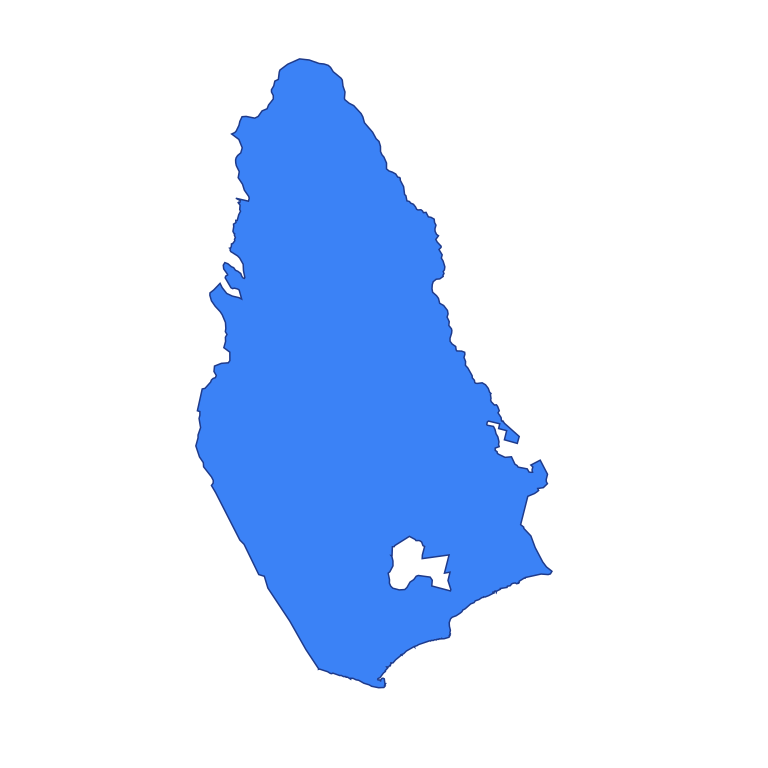 outline of Asahan, Sumatera Utara, Indonesia, rotated 104°
{"feature_id": "22746128B26461090721788", "entity_name": "Asahan", "entity_type": "district", "adm_level": 2, "iso_a3": "IDN", "parent_name": "Indonesia", "parent_adm1": "Sumatera Utara", "projection": "orthographic", "projection_center": [99.752, 2.847], "detail": "fine", "context": "isolated", "style": "filled", "palette": "blue", "viewbox_px": 768, "rotation_deg": 104, "n_neighbors": 0, "source": "geoboundaries", "source_scale": "gbopen_adm2", "svg_char_len": 6162}
<svg xmlns="http://www.w3.org/2000/svg" viewBox="0 0 768 768"><g transform="rotate(104 384 384)"><path d="M676.7,378.5L676.2,377.5L676.8,369.1L677.8,366.0L677.7,364.6L676.9,363.7L677.6,356.3L677.1,355.1L677.7,352.5L677.1,350.4L677.7,349.9L677.3,348.3L678.5,344.9L677.5,345.0L677.1,342.7L677.8,339.5L677.6,336.9L679.2,331.2L679.5,325.6L680.3,322.9L680.0,315.7L678.5,310.7L676.9,309.9L676.3,310.5L675.8,310.0L675.5,310.4L674.3,310.0L674.4,310.7L670.0,312.4L669.7,313.8L670.2,314.8L672.2,315.6L673.5,315.3L672.1,316.2L672.6,318.2L672.0,318.7L671.3,318.6L669.8,316.8L664.5,314.6L662.6,313.1L662.0,313.5L658.8,311.8L657.9,312.9L657.5,311.2L655.7,310.3L655.8,309.7L653.8,309.7L653.3,309.2L652.9,309.6L652.4,307.8L648.8,306.0L643.4,302.0L642.8,302.1L642.8,301.0L642.2,301.4L641.0,299.7L637.7,297.7L631.6,291.4L631.9,290.8L631.4,291.1L629.6,288.3L628.6,287.6L622.2,277.7L622.1,276.6L621.4,276.2L620.9,274.1L619.9,273.0L619.6,271.2L618.9,270.9L618.5,269.0L617.8,268.8L617.6,266.9L616.8,266.5L617.1,265.5L616.5,263.8L614.1,259.8L613.3,259.3L612.4,259.8L611.7,259.1L611.1,259.6L610.4,259.1L609.5,259.9L606.9,260.0L603.3,261.9L599.8,263.0L595.7,262.6L593.8,261.4L591.4,257.9L587.7,254.5L586.0,253.3L584.3,252.9L582.4,250.8L576.4,246.7L574.3,243.7L572.3,243.0L570.3,239.8L567.5,237.3L567.1,236.1L566.3,235.8L566.3,234.5L564.0,231.2L561.0,227.8L560.1,227.9L560.5,227.2L560.0,226.5L559.5,227.3L558.0,226.2L557.9,225.5L558.9,224.7L557.8,224.7L555.0,221.4L554.3,221.7L551.6,215.4L550.4,215.4L549.1,212.6L547.2,211.9L546.2,210.7L545.3,208.5L545.7,207.0L544.9,205.4L544.3,205.6L544.0,204.8L542.7,205.1L538.5,201.1L538.3,200.1L537.6,200.1L530.4,185.6L529.2,178.6L528.0,176.6L525.1,175.7L522.2,182.1L518.3,186.9L506.2,197.7L495.9,204.7L490.3,213.4L489.1,213.8L487.4,217.4L458.2,217.3L453.8,211.4L451.4,209.3L449.9,208.2L448.2,209.6L446.0,204.3L441.2,201.3L439.6,202.8L437.5,203.5L432.0,203.5L420.1,214.0L427.1,221.9L428.5,219.5L431.5,219.6L433.7,218.5L434.3,220.6L434.3,222.0L431.7,224.5L432.2,233.7L430.9,235.2L430.1,237.6L423.8,242.7L425.9,248.8L424.4,256.1L423.6,257.4L422.3,257.9L421.5,260.0L419.3,260.6L416.9,257.1L414.7,258.3L412.4,258.4L407.8,260.7L405.1,263.3L401.4,265.2L398.7,267.5L399.0,273.8L398.4,274.5L395.9,274.6L394.7,273.7L394.6,262.1L399.5,262.0L399.6,253.7L409.0,253.7L409.4,240.3L402.2,240.1L393.0,257.6L391.1,259.7L391.7,260.1L391.2,261.1L388.2,262.3L384.4,266.4L382.0,265.7L378.2,268.4L377.0,269.9L377.7,271.8L375.3,275.6L373.7,276.7L372.1,276.7L368.4,278.2L367.3,277.9L366.6,279.4L363.0,281.8L360.2,285.3L359.1,289.0L360.8,293.4L361.1,295.2L360.6,296.3L358.5,297.2L356.7,299.8L354.6,300.5L348.1,306.6L346.2,309.5L342.4,310.3L338.9,312.8L335.6,312.7L333.7,313.4L333.3,316.6L334.3,321.3L333.4,322.3L330.3,323.5L328.7,327.6L326.6,330.2L323.7,331.0L318.3,330.7L315.7,331.1L314.1,331.9L311.5,335.3L307.7,335.8L303.8,339.0L300.5,338.8L297.3,340.2L293.4,345.1L292.2,349.5L287.7,351.9L285.6,354.4L283.2,359.0L279.9,360.5L275.9,361.2L272.8,361.0L269.7,358.7L268.5,355.3L265.3,352.6L264.1,353.1L262.4,352.5L260.5,353.8L258.7,353.0L255.6,353.3L250.4,356.4L248.0,358.8L244.6,358.8L240.2,363.2L237.7,361.7L236.5,361.9L233.4,366.7L231.2,368.7L227.0,367.0L226.1,369.2L223.6,371.3L221.2,372.1L217.3,372.0L215.1,374.0L211.9,375.2L210.9,378.7L211.1,381.4L207.3,384.7L208.2,387.2L206.8,388.5L206.0,390.3L206.9,393.1L206.6,394.6L204.7,396.1L202.5,398.9L202.0,402.0L200.8,403.4L200.7,406.1L196.0,408.3L195.1,409.9L187.8,412.7L182.5,417.4L180.4,418.1L179.9,418.7L179.9,420.8L177.4,423.4L176.4,427.1L176.1,430.6L174.7,433.6L169.0,435.0L163.8,439.0L162.1,441.4L159.3,443.6L154.3,444.9L149.9,447.5L147.9,451.0L142.5,455.9L135.2,466.2L130.0,469.1L127.2,471.6L121.2,480.7L120.0,485.8L117.6,490.8L116.4,491.5L110.1,492.5L104.8,495.9L99.2,498.0L97.7,499.6L93.3,508.8L89.7,512.5L88.3,515.2L88.0,519.6L88.7,524.4L87.7,535.0L89.0,544.6L97.0,554.8L104.5,560.9L106.6,561.1L114.0,560.2L116.5,563.2L121.4,563.1L125.7,564.4L127.9,563.8L130.9,561.2L134.3,560.4L141.2,563.5L145.2,564.0L148.5,568.4L154.8,570.8L157.3,573.7L157.7,582.5L159.0,586.4L164.1,587.4L168.1,587.3L174.3,588.6L176.1,589.6L178.3,592.3L181.8,584.0L189.1,578.7L194.4,578.9L197.7,581.3L200.3,582.2L202.5,582.2L205.2,581.4L207.9,580.1L213.0,575.8L219.1,575.4L224.4,569.6L229.7,566.4L234.7,560.7L236.4,559.7L239.4,559.8L239.6,572.7L240.8,567.8L242.7,567.8L242.7,569.0L243.3,569.4L245.3,566.9L249.7,566.2L251.0,565.0L254.9,565.9L260.8,566.0L261.1,567.4L263.2,566.7L265.3,568.7L267.6,567.9L272.4,567.5L273.9,566.3L274.4,565.2L275.6,565.3L278.0,563.6L279.7,564.1L281.1,563.4L284.3,564.8L285.0,565.9L287.5,565.4L289.1,565.8L289.5,566.5L289.8,565.8L291.4,565.7L292.6,564.7L295.1,557.1L296.7,554.5L301.9,549.6L308.0,547.8L314.3,544.8L315.3,545.0L315.3,546.2L314.1,547.9L311.5,549.7L310.0,553.1L309.6,555.6L307.5,558.0L307.1,560.5L305.1,564.5L304.7,567.8L307.6,568.7L311.1,567.4L315.5,562.3L316.1,562.1L317.6,563.7L319.4,563.8L327.6,555.8L328.1,554.0L327.2,552.4L327.2,549.1L327.8,547.3L336.0,542.7L335.3,545.8L335.4,552.4L334.2,558.5L329.6,564.4L326.0,567.4L334.0,572.0L337.7,574.9L340.1,574.4L345.0,571.6L349.5,566.5L353.4,560.5L356.0,557.7L362.7,552.7L368.4,550.9L371.6,550.6L373.9,548.3L377.0,549.2L381.1,548.0L387.5,548.2L390.4,541.3L398.6,539.2L401.1,540.2L403.3,546.8L407.6,552.8L413.0,552.0L416.3,548.8L418.6,549.1L419.9,551.1L421.8,552.4L424.1,552.7L431.5,556.6L432.8,559.2L455.1,558.6L455.3,556.0L458.8,555.1L462.2,555.1L470.7,551.4L478.4,552.1L481.3,551.4L489.6,551.6L499.4,545.4L504.0,540.3L508.0,539.0L515.9,528.9L518.9,526.3L521.6,525.8L524.2,526.9L530.2,521.0L570.3,486.1L573.4,481.0L599.2,459.4L599.5,453.6L610.1,447.3L636.8,418.1L660.6,395.5L676.2,378.5L676.7,378.5ZM559.2,274.4L567.3,269.4L568.7,269.5L568.4,288.8L562.7,289.7L560.2,292.5L561.5,304.4L562.7,306.2L566.6,307.8L569.9,310.8L575.9,312.5L578.4,314.1L580.1,319.4L580.0,326.1L578.5,328.6L575.9,330.6L572.6,331.3L566.5,334.2L564.8,332.9L558.3,331.3L553.6,332.5L549.5,334.6L548.7,335.7L548.5,334.7L539.9,336.5L539.3,334.7L538.2,334.5L525.7,322.5L527.3,316.2L528.2,315.1L527.4,312.1L527.6,310.7L528.3,309.2L531.4,307.1L531.8,305.3L540.7,305.4L544.2,304.7L534.1,279.5L552.9,279.6L550.6,274.4L559.2,274.4Z" fill="#3b82f6" stroke="#1e3a8a" stroke-width="1.5"/></g></svg>